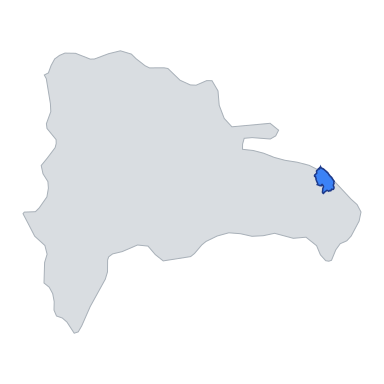 location of La Laguna de Nisibón, La Altagracia, Dominican Republic
{"feature_id": "3306468B28180088914928", "entity_name": "La Laguna de Nisibón", "entity_type": "district", "adm_level": 2, "iso_a3": "DOM", "parent_name": "Dominican Republic", "parent_adm1": "La Altagracia", "projection": "equal_earth", "projection_center": [-68.715, 18.868], "detail": "fine", "context": "in_parent", "style": "filled", "palette": "blue", "viewbox_px": 384, "rotation_deg": 0, "n_neighbors": 0, "source": "geoboundaries", "source_scale": "gbopen_adm2", "svg_char_len": 4589}
<svg xmlns="http://www.w3.org/2000/svg" viewBox="0 0 384 384"><path d="M44.0,283.0L44.6,262.5L47.1,254.2L44.9,245.5L34.7,236.2L28.5,224.2L23.0,213.7L24.3,212.1L35.4,211.7L39.3,207.8L46.9,196.9L48.4,188.2L47.9,181.6L43.0,173.8L41.2,165.5L47.2,158.2L55.1,147.7L56.2,143.6L56.1,139.6L47.0,128.5L46.4,123.7L50.8,111.6L50.4,103.6L46.3,78.7L44.3,75.0L48.4,72.9L51.1,65.5L54.7,58.9L59.5,55.4L64.9,53.1L75.5,53.3L90.2,59.1L94.4,59.0L108.6,53.7L120.4,50.8L131.4,54.1L135.9,58.6L145.0,65.7L149.5,67.9L164.0,67.8L167.9,68.5L180.0,80.2L190.2,84.9L196.1,85.2L206.7,80.6L212.0,80.7L218.0,90.9L219.2,105.3L224.2,118.4L231.9,126.8L270.1,123.3L278.6,130.2L275.7,135.9L270.3,139.0L252.1,137.6L244.2,138.3L242.6,144.0L242.5,149.3L253.2,150.5L263.6,153.2L274.2,157.4L285.0,160.3L297.1,162.2L309.1,165.3L329.1,175.6L351.1,199.2L357.1,204.6L361.0,212.0L359.1,221.1L351.2,236.0L346.8,240.8L340.2,243.7L335.8,249.8L331.5,260.3L328.8,261.2L325.7,260.7L320.4,254.8L316.6,245.7L306.0,237.2L293.3,238.3L274.6,233.3L263.3,235.7L252.0,236.3L240.4,233.7L228.8,232.8L217.2,236.0L205.9,241.5L201.7,245.0L194.5,253.5L190.6,256.6L163.2,260.9L155.3,254.6L148.0,246.1L137.5,245.0L122.2,251.6L112.6,253.9L108.7,256.8L107.6,260.0L107.5,271.9L105.3,279.2L90.2,306.6L81.7,325.9L78.2,331.9L74.2,333.2L66.9,322.0L62.3,318.0L56.5,316.0L54.0,310.1L54.2,301.7L52.7,293.6L49.2,287.2L44.0,283.0Z" fill="#d9dde1" stroke="#a8b0b8" stroke-width="1"/><path d="M314.6,176.3L315.2,176.3L315.3,176.4L315.5,176.5L315.6,176.9L315.6,177.7L315.7,177.9L315.8,178.0L316.0,178.2L316.1,178.3L316.1,178.5L316.0,179.2L316.0,179.4L316.0,179.5L316.3,180.1L316.5,180.9L316.9,181.6L317.1,182.3L317.5,182.9L317.7,183.6L317.6,183.9L317.2,184.6L317.8,184.8L318.2,185.0L318.7,185.1L318.9,185.2L319.4,185.6L319.5,185.6L319.8,185.5L320.1,185.5L320.3,185.5L320.7,185.8L321.2,185.8L321.4,185.8L321.6,185.7L321.6,184.8L321.7,184.6L321.8,184.5L322.1,184.4L322.2,184.5L322.4,184.6L323.1,185.5L323.3,185.9L323.5,186.5L323.5,186.8L323.5,187.0L323.2,187.6L322.9,188.2L322.8,188.4L322.7,188.8L322.7,190.0L322.7,190.4L322.7,190.7L322.5,191.1L322.5,191.6L322.5,192.3L322.5,192.5L322.8,192.9L323.2,193.4L323.4,193.5L323.5,193.5L323.6,193.4L323.9,192.8L324.0,192.6L324.5,192.3L324.9,191.8L325.2,191.6L325.8,191.3L326.0,191.1L326.4,190.6L326.7,190.4L327.0,190.4L327.3,190.4L327.7,190.7L328.2,190.9L328.6,191.2L328.8,191.3L328.9,191.2L329.5,190.6L329.9,190.5L330.2,190.7L330.4,190.8L330.7,190.8L330.9,190.7L331.0,190.6L331.2,190.1L331.3,189.7L331.5,189.3L331.6,189.2L331.9,189.1L332.5,189.5L333.2,189.4L333.4,189.3L333.8,188.6L333.9,188.3L334.0,187.9L334.0,187.2L333.9,187.0L333.9,186.8L333.6,186.4L333.5,186.2L333.4,185.7L333.4,185.0L333.4,184.8L333.5,184.5L333.9,183.8L334.0,183.6L334.0,183.3L333.9,183.1L333.8,182.8L333.8,182.4L334.0,181.8L334.2,181.5L334.2,181.4L333.9,181.3L333.9,181.0L333.8,180.9L333.7,180.8L333.7,180.7L333.5,180.4L333.4,180.3L333.4,180.2L333.2,180.0L333.1,179.9L333.0,179.7L332.9,179.6L332.9,179.4L332.7,179.3L332.7,179.2L332.5,178.9L332.4,178.8L332.3,178.7L332.3,178.3L332.2,178.3L332.2,178.2L331.9,178.0L331.8,177.9L331.7,177.8L331.7,177.7L331.5,177.4L331.4,177.3L331.4,177.2L331.2,177.1L331.1,176.8L331.0,176.7L330.9,176.6L330.7,176.5L330.4,176.5L330.4,176.3L330.3,176.2L330.2,176.1L330.1,175.9L329.9,175.7L329.7,175.5L329.7,175.4L329.5,175.2L329.4,175.0L329.3,174.9L329.2,174.9L329.0,174.7L328.9,174.7L328.9,174.4L328.7,174.2L328.5,173.9L328.4,173.8L328.4,173.7L328.2,173.4L328.0,173.2L327.9,173.0L327.9,172.9L327.7,172.8L327.7,172.6L327.5,172.4L327.4,172.4L327.2,172.3L327.2,172.2L326.9,172.2L326.7,172.1L326.6,171.9L326.5,171.7L326.4,171.6L326.4,171.4L326.2,171.3L326.1,171.2L325.9,171.1L325.7,171.0L325.7,170.9L325.4,170.6L325.2,170.5L325.1,170.4L324.9,170.3L324.9,170.2L324.7,170.0L324.6,169.9L324.4,169.7L324.1,169.4L323.9,169.3L323.9,169.2L323.9,169.3L323.7,169.3L323.7,169.2L323.4,168.9L323.2,168.8L322.9,168.8L322.9,168.7L322.7,168.5L322.3,168.5L322.2,168.5L322.1,168.4L321.9,168.4L321.8,168.2L321.7,168.2L321.4,168.0L321.3,167.9L321.2,167.8L321.2,167.7L321.0,167.4L320.9,167.4L320.8,167.2L320.7,167.0L320.6,167.7L320.5,167.8L320.4,167.9L320.2,167.9L319.9,167.5L319.8,167.4L319.7,167.4L319.6,167.5L319.5,167.9L319.7,168.3L319.7,168.5L319.5,168.9L319.4,169.0L319.2,169.0L318.9,169.0L318.6,168.7L318.4,168.7L318.3,168.8L318.2,169.0L318.0,169.5L317.8,169.8L317.6,170.0L317.1,170.3L316.6,170.8L316.5,171.0L316.5,171.3L316.5,171.5L316.7,171.9L316.7,172.2L316.7,172.9L316.7,173.3L316.6,173.5L316.2,173.6L315.5,174.4L315.0,174.7L314.7,175.0L314.6,175.3L314.5,175.5L314.5,175.9L314.6,176.3Z" fill="#3b82f6" stroke="#1e3a8a" stroke-width="1.5"/></svg>